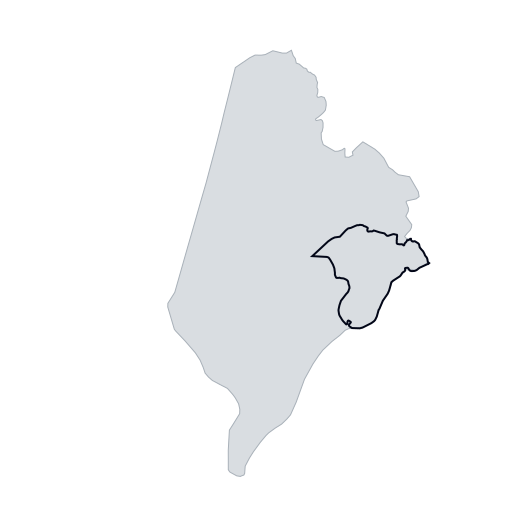 Syria, with Aleppo highlighted, rotated 137°
{"feature_id": "SYR-137", "entity_name": "Aleppo", "entity_type": "Province", "adm_level": 1, "iso_a3": "SYR", "parent_name": "Syria", "parent_adm1": "", "projection": "robinson", "projection_center": [37.495, 36.172], "detail": "fine", "context": "in_parent", "style": "outline", "palette": "ink", "viewbox_px": 512, "rotation_deg": 137, "n_neighbors": 0, "source": "natural_earth", "source_scale": "10m", "svg_char_len": 5280}
<svg xmlns="http://www.w3.org/2000/svg" viewBox="0 0 512 512"><g transform="rotate(137 256 256)"><path d="M96.2,188.2L100.0,188.6L108.1,193.4L109.4,193.2L111.9,186.9L114.3,184.8L119.3,182.9L120.7,172.7L123.1,170.7L125.9,169.7L130.2,169.5L134.0,168.9L134.2,167.1L129.0,155.3L129.5,152.3L132.0,140.4L133.6,135.8L135.2,134.3L141.1,134.9L149.4,137.0L151.6,140.4L155.7,143.4L161.8,143.2L168.9,143.8L174.4,144.0L178.8,141.8L188.7,137.8L193.7,136.5L198.1,134.7L212.5,128.2L218.3,128.7L222.2,129.6L225.2,130.6L232.0,135.1L237.6,139.6L241.5,140.9L248.6,140.8L258.8,141.7L271.3,141.6L278.6,140.4L288.0,138.2L304.6,132.8L326.3,121.7L339.1,116.3L344.7,115.7L351.9,115.6L359.1,117.0L367.3,118.0L371.1,117.9L379.9,116.8L391.4,114.6L398.6,112.7L407.2,109.7L412.6,104.7L414.3,104.1L416.6,105.1L417.7,105.4L420.0,108.3L422.4,115.6L422.4,116.5L422.0,118.6L416.4,124.6L408.8,132.8L403.4,138.0L394.2,146.8L387.2,148.6L375.5,151.8L372.4,154.9L369.5,159.8L367.9,166.5L367.4,170.8L367.2,178.7L370.1,186.8L372.8,194.7L373.3,199.9L373.1,205.0L370.6,210.5L367.9,218.0L366.4,226.5L365.8,242.3L365.9,255.9L365.7,258.1L360.9,267.7L355.3,278.9L352.7,281.5L340.2,284.8L326.6,293.0L311.4,302.2L297.6,310.5L283.1,319.2L268.0,328.3L257.2,334.8L242.8,343.4L229.6,351.7L216.2,360.1L206.1,366.5L190.6,376.5L181.6,382.5L168.3,391.1L156.5,398.8L142.6,407.9L125.2,405.2L119.7,403.6L115.2,399.3L111.9,397.0L103.7,394.6L98.4,386.5L95.3,383.6L89.8,382.3L92.2,377.1L92.6,373.7L95.0,369.6L93.5,366.8L92.9,361.0L91.8,359.6L91.4,358.0L92.3,356.2L92.0,354.2L91.0,353.4L90.6,350.5L89.8,348.4L90.2,345.7L91.5,344.1L92.7,340.8L94.2,339.8L96.5,337.7L97.2,335.6L99.3,333.5L102.1,331.8L102.7,330.4L102.3,329.6L99.5,328.1L98.0,325.4L99.4,321.4L100.3,320.2L101.9,318.3L105.7,315.4L108.7,314.9L111.2,314.9L115.5,315.1L118.8,315.6L119.6,314.9L119.5,313.9L115.4,311.5L115.2,309.6L116.2,307.6L119.2,304.4L122.6,302.0L124.4,301.6L128.4,296.9L130.9,291.6L126.9,278.7L124.4,276.6L120.4,274.8L118.0,274.6L117.8,273.7L121.0,270.5L123.3,267.6L120.8,264.9L116.3,263.6L114.6,266.4L108.9,266.7L100.0,266.6L96.2,253.0L95.6,247.1L95.8,240.3L98.5,230.4L97.3,225.8L97.2,222.7L96.5,218.4L89.6,209.2L93.5,192.3L96.2,188.2Z" fill="#d9dde1" stroke="#a8b0b8" stroke-width="1"/><path d="M214.1,127.8L217.4,128.2L227.0,131.0L229.5,132.4L234.9,137.8L235.6,140.6L235.6,140.8L235.6,141.1L235.5,141.5L235.2,142.0L234.7,142.4L232.2,142.7L232.0,142.8L231.8,142.9L231.7,143.2L231.8,143.7L232.0,144.8L232.2,145.3L232.4,145.6L232.5,145.8L232.9,145.9L233.2,145.8L233.6,145.7L234.1,145.4L235.3,144.3L235.7,144.1L235.9,144.1L236.1,144.1L236.3,144.2L236.5,144.3L236.7,144.6L236.7,144.8L236.7,145.1L236.7,149.1L236.5,150.9L236.1,152.6L235.7,154.7L235.4,155.8L234.8,157.0L232.9,159.8L232.4,160.3L231.8,160.8L228.5,163.1L224.4,165.3L216.0,166.7L214.1,166.8L212.7,167.1L210.7,168.2L209.8,168.6L209.5,168.8L209.0,169.4L208.4,170.2L208.0,171.0L207.4,172.5L206.3,174.1L206.1,174.5L205.9,175.0L205.9,175.4L205.9,176.2L206.1,177.1L206.8,178.9L207.2,179.8L207.7,180.4L208.4,181.2L209.1,182.0L209.7,183.1L209.8,183.1L211.8,184.8L212.0,185.1L212.1,185.4L212.0,186.0L211.9,186.3L211.8,186.6L211.7,186.8L211.5,187.5L211.1,188.4L211.0,188.5L210.8,188.8L209.8,189.8L207.8,192.6L207.7,192.7L207.4,193.1L207.0,193.8L205.6,197.2L204.3,202.7L204.0,204.9L204.0,205.2L204.1,205.5L204.2,205.9L204.3,206.1L204.4,206.3L205.1,207.3L214.9,217.5L193.3,217.5L189.0,216.9L186.7,216.2L185.8,215.9L182.5,213.6L182.4,213.5L181.5,212.9L173.1,213.5L170.2,213.4L169.8,213.3L169.4,213.1L167.5,211.9L163.2,210.4L161.1,209.6L160.9,209.4L160.1,208.7L159.8,208.4L159.5,208.3L159.1,208.1L158.8,208.0L157.2,206.1L156.9,205.7L156.7,204.6L156.6,204.2L156.3,203.7L155.8,202.9L155.1,200.6L155.3,200.1L155.7,199.9L156.2,199.6L156.4,199.5L156.7,199.3L157.0,199.0L157.1,198.8L157.3,198.4L157.4,198.2L157.4,197.7L157.2,197.2L155.5,196.0L154.5,195.0L153.9,194.6L153.1,194.5L152.9,194.4L152.6,194.4L152.3,194.0L151.9,193.4L149.4,188.9L146.7,185.0L146.6,184.8L146.6,184.5L146.6,184.0L146.5,182.1L146.4,181.7L146.3,181.3L146.0,181.0L145.5,180.6L141.3,178.7L140.8,178.4L140.3,178.0L139.9,177.5L139.5,176.8L138.5,175.4L139.1,174.4L140.8,173.0L141.1,172.7L141.3,172.4L141.5,172.1L141.8,171.9L142.3,171.7L142.8,171.0L143.8,170.0L144.0,169.7L144.3,169.4L144.3,169.1L144.4,168.9L144.4,168.6L144.2,168.1L142.9,166.5L141.3,165.1L141.0,164.5L140.9,163.6L140.9,163.4L140.8,163.2L140.7,163.0L140.5,162.9L140.3,162.9L139.9,163.0L138.9,163.7L138.6,163.8L137.0,163.8L135.2,164.2L134.6,164.5L134.0,163.8L133.2,163.5L131.5,163.4L131.0,162.9L131.5,162.3L131.8,161.4L131.8,160.8L131.8,160.4L131.6,160.0L131.4,159.6L131.2,159.4L130.4,159.0L130.0,158.7L129.7,158.3L128.8,155.0L128.7,154.0L128.9,153.1L130.4,150.7L130.6,148.1L130.6,145.4L131.3,142.8L131.9,141.4L132.1,140.2L132.1,139.0L132.4,137.7L133.0,136.5L133.8,135.4L134.4,134.2L134.2,132.7L134.7,132.7L135.2,132.7L135.2,132.8L144.5,135.9L147.7,136.1L148.6,136.3L149.7,136.7L150.6,137.2L151.4,137.9L152.9,139.3L153.3,140.1L153.4,141.4L152.9,143.3L153.1,144.0L154.1,144.8L155.0,145.4L155.5,145.3L155.9,144.7L156.7,143.9L157.6,143.5L158.5,143.6L159.3,143.8L160.3,143.9L163.5,143.1L164.6,143.0L172.8,144.5L174.9,144.5L178.7,142.1L182.3,139.9L185.4,138.6L193.7,136.8L201.8,133.2L203.2,132.9L204.1,132.3L209.0,129.3L212.4,128.0L214.1,127.8Z" fill="none" stroke="#020617" stroke-width="2"/></g></svg>